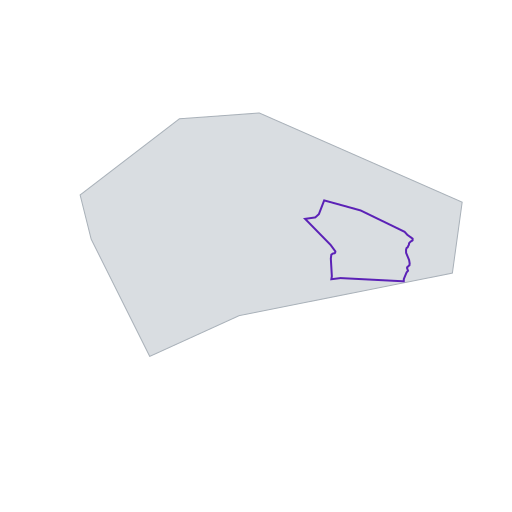 Saint Andrew on a map of Barbados (Natural Earth projection), rotated 115°
{"feature_id": "BRB-1990", "entity_name": "Saint Andrew", "entity_type": "Parish", "adm_level": 1, "iso_a3": "BRB", "parent_name": "Barbados", "parent_adm1": "", "projection": "natural_earth1", "projection_center": [-59.584, 13.25], "detail": "fine", "context": "in_parent", "style": "outline", "palette": "violet", "viewbox_px": 512, "rotation_deg": 115, "n_neighbors": 0, "source": "natural_earth", "source_scale": "10m", "svg_char_len": 1042}
<svg xmlns="http://www.w3.org/2000/svg" viewBox="0 0 512 512"><g transform="rotate(115 256 256)"><path d="M310.4,412.5L275.0,441.2L164.0,383.4L125.0,313.5L120.1,91.9L188.5,70.8L317.1,246.0L391.9,309.9L310.4,412.5Z" fill="#d9dde1" stroke="#a8b0b8" stroke-width="1"/><path d="M216.5,111.4L240.3,170.1L245.2,177.9L242.3,178.7L226.7,187.1L222.9,188.3L221.4,187.4L221.0,187.1L220.6,186.3L220.3,186.0L220.0,185.8L219.5,185.7L219.0,185.8L218.3,186.0L214.4,193.1L201.6,227.2L196.0,218.6L191.5,216.7L176.8,217.7L170.5,180.4L171.3,131.5L172.9,127.7L174.1,121.4L174.8,121.1L175.3,120.8L175.6,120.7L175.9,120.8L176.3,121.0L176.7,121.4L177.5,121.9L178.3,122.2L179.4,122.6L180.0,122.6L180.6,122.4L181.1,122.2L181.7,122.2L182.7,122.3L183.0,122.3L183.4,122.2L183.7,122.2L184.2,122.3L184.9,122.9L186.8,122.7L189.7,121.3L195.0,115.5L197.8,113.6L199.6,113.0L200.2,113.4L200.9,113.6L201.3,113.7L201.7,114.1L202.3,114.2L203.0,114.1L205.1,112.0L205.3,112.0L205.5,112.1L207.2,112.6L214.4,112.3L216.5,111.4Z" fill="none" stroke="#5b21b6" stroke-width="2"/></g></svg>